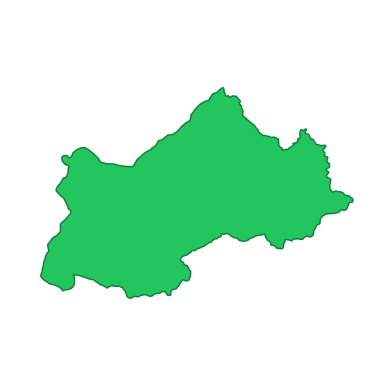 outline of Betania, Antioquia, Colombia, rotated 354°
{"feature_id": "7082276B53063145531643", "entity_name": "Betania", "entity_type": "district", "adm_level": 2, "iso_a3": "COL", "parent_name": "Colombia", "parent_adm1": "Antioquia", "projection": "orthographic", "projection_center": [-75.967, 5.733], "detail": "fine", "context": "isolated", "style": "filled", "palette": "green", "viewbox_px": 384, "rotation_deg": 354, "n_neighbors": 0, "source": "geoboundaries", "source_scale": "gbopen_adm2", "svg_char_len": 6051}
<svg xmlns="http://www.w3.org/2000/svg" viewBox="0 0 384 384"><g transform="rotate(354 192 192)"><path d="M329.5,159.5L325.1,159.3L322.5,158.2L320.3,157.6L318.2,152.7L317.5,152.1L315.8,151.5L315.4,151.0L314.1,147.0L313.6,146.6L312.4,146.4L310.6,145.2L310.5,144.8L312.4,142.0L312.4,141.6L311.8,141.2L311.2,141.3L310.3,142.2L309.3,142.7L308.6,142.4L307.9,141.5L306.6,141.6L305.3,144.6L305.6,145.7L305.2,146.3L305.6,147.5L305.3,148.3L305.4,149.3L305.0,149.8L303.8,149.8L303.0,150.2L302.7,150.5L302.4,151.3L302.4,151.9L302.9,152.7L302.8,153.2L301.6,153.3L300.9,154.0L300.2,153.8L299.6,154.8L299.3,154.9L299.0,154.1L298.5,154.4L297.5,154.4L297.4,154.6L297.8,155.3L297.7,156.4L296.8,156.8L295.8,156.9L295.2,157.5L292.1,159.1L291.4,159.9L290.7,160.1L290.0,159.5L289.0,159.4L287.9,159.9L287.1,159.9L286.6,160.1L286.2,159.6L286.7,159.3L286.6,159.1L285.8,158.2L285.7,157.4L284.1,156.3L283.2,154.7L283.5,148.3L282.1,148.0L281.5,147.2L279.2,146.0L276.4,146.0L274.2,144.5L272.6,144.8L272.4,144.3L270.8,143.4L268.8,143.4L267.9,142.4L265.1,140.0L264.0,137.1L262.9,135.7L261.8,133.7L261.0,132.7L260.0,131.0L258.7,130.2L255.1,126.3L254.3,125.6L253.6,125.5L253.6,124.4L250.9,122.1L250.4,120.5L250.7,118.7L251.4,117.3L250.2,114.6L250.1,111.7L248.6,109.6L248.3,108.7L248.4,108.1L249.2,107.8L249.3,107.6L249.3,106.0L247.6,103.9L246.1,101.4L245.4,101.8L244.5,101.1L242.7,100.7L240.9,101.2L240.1,101.8L239.0,101.5L238.1,100.0L235.8,100.3L235.3,99.4L235.0,96.6L234.4,96.0L234.6,94.7L234.3,92.8L233.7,91.4L233.1,91.5L230.0,93.2L228.7,94.5L227.0,95.6L222.9,96.7L220.1,99.9L218.5,102.3L217.9,102.7L214.3,103.2L208.8,105.8L202.8,111.0L201.0,113.5L199.3,114.8L199.0,115.4L198.6,117.7L197.6,120.3L195.9,121.5L193.7,122.3L192.3,123.1L187.3,126.8L186.8,127.6L185.0,129.0L183.8,130.1L179.7,132.4L178.3,132.8L173.5,133.0L171.7,134.5L168.5,136.4L166.7,137.0L164.4,137.4L163.2,138.6L161.8,140.8L160.3,142.3L156.1,144.7L155.2,145.9L151.9,146.8L147.8,149.0L144.0,151.9L142.7,152.5L140.8,154.0L137.1,159.2L136.1,160.0L135.2,160.3L133.6,160.4L130.2,159.9L125.9,159.0L121.2,157.7L118.3,156.3L110.0,154.9L105.5,153.3L104.7,152.9L104.0,152.2L102.5,149.2L101.6,147.8L97.2,142.8L93.5,139.1L90.2,136.8L88.4,136.5L86.1,136.6L83.7,137.2L81.3,138.2L77.6,140.7L76.5,143.1L75.0,144.8L74.5,145.1L73.5,145.0L71.5,142.8L70.4,142.5L68.7,142.5L67.4,142.8L66.4,143.6L65.9,144.4L66.4,147.8L68.1,150.5L69.0,151.4L70.3,152.1L71.4,152.4L72.0,153.1L72.0,154.0L71.3,156.1L71.1,158.0L69.1,163.5L67.1,164.6L65.6,164.7L65.2,165.1L63.2,167.8L62.0,169.7L61.3,170.4L60.2,171.0L58.5,172.9L57.1,175.5L57.1,176.5L57.3,177.2L59.3,179.5L60.2,181.1L61.3,182.4L62.8,183.6L64.1,185.4L66.6,192.4L67.5,196.2L68.6,197.1L69.3,198.1L69.2,200.2L68.3,201.4L62.9,206.3L58.0,209.9L57.6,211.3L57.3,216.2L56.5,218.0L53.5,220.8L50.4,222.2L47.8,224.0L46.7,225.0L44.9,227.4L43.7,228.3L43.2,229.0L42.9,230.0L43.4,235.7L43.1,236.5L41.7,237.4L40.5,239.2L39.3,241.5L38.9,243.1L37.9,244.6L37.2,246.4L36.5,249.8L35.6,251.5L35.1,253.0L34.8,255.2L34.5,256.1L33.4,257.6L33.3,258.5L32.7,259.7L33.4,261.1L34.6,262.7L35.0,263.5L39.1,266.8L40.5,268.3L46.9,270.7L50.1,272.7L52.0,274.7L53.2,276.8L55.8,276.0L58.1,276.1L60.6,275.7L62.6,274.8L64.2,273.4L65.3,271.4L65.9,268.0L66.0,264.7L65.6,261.7L66.7,262.5L69.3,262.5L82.1,268.3L84.8,268.9L86.0,269.9L87.1,271.3L88.5,272.1L91.0,274.6L92.9,275.2L95.5,276.9L97.5,278.6L102.6,276.4L103.0,276.5L104.1,277.6L110.0,278.1L111.0,278.9L113.0,279.9L114.4,282.6L115.5,284.2L116.5,289.1L117.7,290.4L119.5,291.2L121.0,291.1L122.3,290.1L123.3,289.9L124.2,289.9L127.6,290.6L131.1,289.3L133.9,289.2L136.0,289.5L138.9,291.3L140.3,291.4L141.8,291.0L144.2,289.5L145.7,289.3L149.7,289.2L151.6,288.0L152.3,287.9L154.0,288.1L154.7,288.4L155.8,289.8L156.7,291.9L159.1,292.6L159.7,292.5L160.1,291.8L160.5,289.0L161.1,287.9L162.4,287.1L165.3,286.8L166.6,286.3L167.4,285.2L169.3,283.9L170.2,282.1L172.5,279.2L174.5,278.4L175.9,279.5L178.3,279.8L179.7,279.2L180.5,277.8L181.4,275.7L182.1,273.2L182.4,270.8L181.4,269.3L180.7,267.8L180.4,266.2L179.4,264.5L178.0,264.4L176.6,263.0L176.0,261.0L174.7,260.4L173.6,258.7L173.4,258.3L173.6,257.3L174.2,256.4L176.6,254.8L180.0,254.2L181.7,253.4L182.6,252.7L184.6,251.8L185.3,250.7L185.7,250.3L186.2,250.2L188.0,250.6L190.1,249.9L191.6,248.8L193.8,248.6L195.8,247.7L198.1,247.3L199.2,246.7L199.8,246.0L201.4,245.4L203.6,244.1L205.1,244.1L206.1,243.8L207.1,242.5L208.5,241.6L210.3,241.0L211.8,241.1L213.3,239.9L214.7,239.9L215.5,239.6L216.1,239.2L217.0,236.9L219.0,237.3L222.0,237.0L223.6,237.3L224.6,238.0L226.1,239.9L227.8,241.0L228.7,241.9L231.5,242.4L232.4,243.2L233.8,244.9L234.5,245.3L238.3,246.4L242.1,246.0L243.3,245.4L244.8,244.1L248.3,243.6L249.7,242.7L251.3,242.3L255.8,241.9L257.6,241.9L258.8,241.6L259.5,241.6L260.0,242.4L260.9,245.3L262.0,247.7L265.0,250.5L264.9,252.4L265.1,253.1L267.0,253.5L268.9,254.4L269.4,254.9L269.8,256.2L270.7,256.9L275.3,257.9L276.0,257.7L277.0,256.5L277.8,253.1L278.7,252.2L279.1,251.5L279.3,250.2L280.0,249.0L283.9,250.0L285.9,251.0L286.5,250.9L287.2,249.7L287.7,249.4L289.9,249.6L292.0,249.5L293.3,249.8L294.5,250.3L296.6,250.8L297.2,250.5L299.1,248.7L301.4,248.0L302.7,248.0L304.3,249.1L306.2,248.7L307.6,247.8L308.1,247.1L309.1,243.5L309.6,242.4L311.0,240.9L312.2,238.4L312.5,238.1L315.1,237.2L315.9,236.7L316.9,232.0L318.1,230.5L321.7,228.4L323.7,227.9L326.8,227.8L330.0,228.2L334.1,227.8L335.9,227.3L338.0,225.6L338.7,225.4L339.9,225.6L341.1,226.2L342.7,226.0L343.7,225.4L344.3,224.8L347.2,219.2L347.7,218.8L349.8,218.8L350.6,218.6L351.3,217.4L351.3,216.7L351.0,215.5L348.1,212.6L346.4,211.8L343.7,211.4L343.3,211.0L343.0,209.7L342.1,208.7L339.7,207.3L337.7,207.1L335.2,206.1L331.7,206.7L331.1,206.0L329.7,203.4L329.5,201.6L329.7,199.9L331.3,194.3L330.7,193.1L328.1,191.8L327.6,191.1L327.7,189.2L329.6,187.5L329.9,186.7L329.7,186.1L327.9,184.3L327.8,183.6L328.2,183.0L330.2,182.4L331.2,181.7L331.6,180.6L331.6,178.9L331.3,177.9L330.2,176.9L329.2,174.9L330.4,172.8L330.6,171.6L330.2,171.2L328.7,170.9L327.9,170.2L328.1,166.9L326.6,164.9L326.9,163.9L329.6,160.9L329.9,160.1L329.5,159.5Z" fill="#22c55e" stroke="#15803d" stroke-width="1.5"/></g></svg>